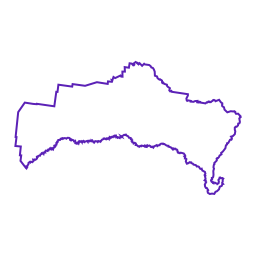 Goondiwindi, Queensland, Australia (orthographic projection)
{"feature_id": "25037944B7624735907381", "entity_name": "Goondiwindi", "entity_type": "district", "adm_level": 2, "iso_a3": "AUS", "parent_name": "Australia", "parent_adm1": "Queensland", "projection": "orthographic", "projection_center": [150.069, -28.463], "detail": "fine", "context": "isolated", "style": "outline", "palette": "violet", "viewbox_px": 256, "rotation_deg": 0, "n_neighbors": 0, "source": "geoboundaries", "source_scale": "gbopen_adm2", "svg_char_len": 5905}
<svg xmlns="http://www.w3.org/2000/svg" viewBox="0 0 256 256"><path d="M212.0,193.6L214.3,193.9L215.5,191.8L217.0,191.2L219.0,189.3L219.8,186.7L221.7,185.9L222.3,184.3L223.1,184.0L222.1,182.9L222.7,181.6L222.7,179.6L223.3,178.6L222.3,178.0L220.9,178.2L220.3,177.5L219.6,177.6L219.4,178.6L218.4,180.0L218.9,181.6L218.6,183.1L217.5,183.9L217.4,183.5L216.4,183.5L214.8,182.6L213.7,182.7L213.6,183.3L212.9,183.0L212.9,182.1L211.7,181.9L211.0,180.6L211.3,179.7L212.1,179.5L211.9,177.9L212.6,177.8L213.2,176.9L213.5,174.8L213.3,171.0L214.0,168.6L213.5,167.6L213.6,166.1L214.0,164.4L214.5,164.0L214.3,163.0L216.5,160.8L216.9,160.0L216.6,158.7L217.3,158.0L218.0,158.1L219.2,156.7L219.5,155.6L221.5,154.3L221.1,153.0L222.9,151.5L225.4,148.2L225.9,145.4L227.1,144.4L227.0,143.3L228.3,142.9L230.0,139.8L230.7,139.5L231.4,139.7L231.9,138.8L231.6,137.3L231.1,136.6L232.8,136.1L234.8,134.2L235.3,131.3L234.8,129.8L234.8,127.6L235.7,126.7L236.6,126.8L238.0,125.4L238.2,123.6L239.4,123.3L239.9,122.0L239.3,118.4L240.6,117.1L240.1,116.5L240.4,116.1L238.1,113.7L236.0,113.8L235.1,112.3L235.2,111.8L234.2,111.2L233.4,111.5L230.8,111.2L227.3,112.3L224.5,109.6L224.0,107.3L222.3,106.2L222.0,104.9L222.3,104.5L222.3,103.3L220.9,102.3L219.1,99.8L215.5,101.2L215.1,100.5L213.9,99.9L213.1,100.1L212.6,100.9L211.5,101.4L210.9,102.1L209.9,102.2L209.4,102.1L209.3,101.6L208.4,101.5L207.4,102.5L206.7,102.3L205.5,103.4L200.0,102.5L200.1,101.9L199.1,101.7L198.3,102.5L197.2,102.3L197.4,100.9L195.0,101.1L193.5,101.8L190.7,101.6L190.8,100.9L188.2,100.4L187.2,100.9L186.7,100.3L186.4,98.5L187.9,95.5L187.9,94.2L171.8,91.8L171.4,90.9L170.2,91.4L169.3,90.4L169.9,88.2L167.7,86.7L167.0,85.8L166.9,84.7L164.1,83.8L163.3,82.6L162.6,83.1L162.1,82.7L162.0,80.6L161.1,79.9L159.9,79.7L159.9,79.3L158.7,79.2L157.4,77.9L157.1,76.5L154.9,75.7L154.7,71.6L153.8,69.3L152.8,67.9L151.4,67.5L150.5,66.0L149.1,65.0L144.7,64.4L144.1,63.8L142.1,65.8L139.6,63.2L139.0,63.9L138.2,63.3L138.1,64.0L135.7,62.0L133.5,63.6L134.3,64.7L133.8,65.3L133.2,65.3L131.7,63.6L129.6,63.3L128.9,67.7L124.7,67.1L124.9,71.6L122.4,71.6L122.5,76.7L121.2,76.6L120.5,75.5L115.1,78.1L113.5,77.0L112.4,80.1L111.9,80.0L112.3,80.7L111.9,81.8L108.0,81.4L107.7,83.9L96.9,82.2L85.1,85.8L72.6,84.1L72.2,86.6L58.4,84.7L57.5,91.9L56.3,91.8L54.3,106.3L36.8,103.8L36.7,104.2L33.1,103.9L24.8,102.6L18.2,112.1L15.6,137.0L16.5,137.1L15.4,146.0L20.8,146.5L19.9,155.3L21.2,155.4L20.5,160.9L25.6,167.5L25.9,167.0L26.6,168.2L27.2,167.2L26.5,166.8L28.4,164.3L28.5,162.9L29.8,161.9L30.3,162.5L31.0,161.7L32.3,162.2L33.5,161.0L33.2,159.6L34.8,159.9L35.0,159.5L35.4,159.7L36.4,159.2L37.0,158.4L36.9,157.3L37.4,157.2L37.1,156.6L39.2,155.6L40.0,155.7L40.5,154.4L41.5,154.0L41.7,153.3L42.3,153.6L43.0,152.8L43.6,153.7L43.8,152.8L44.9,152.6L44.6,152.3L45.8,150.6L47.5,151.0L47.7,150.2L48.4,150.3L48.5,149.4L49.8,149.4L49.9,148.8L50.2,149.0L50.8,148.2L51.4,149.0L51.6,148.5L52.2,149.0L52.4,148.6L53.1,149.3L53.6,147.6L54.5,147.4L55.2,146.6L54.9,146.3L55.4,146.2L55.4,145.5L56.0,145.5L55.4,145.2L56.4,144.8L56.7,143.6L56.3,143.1L57.5,142.3L57.2,141.5L58.2,140.8L58.3,140.0L60.1,139.9L60.6,138.8L61.3,139.0L62.0,138.4L62.3,138.6L62.4,138.1L63.1,138.2L63.2,138.7L64.5,138.1L66.2,138.3L66.4,138.6L67.6,137.8L69.1,137.9L70.0,138.5L70.0,139.4L70.7,139.3L70.6,140.2L71.1,140.5L72.2,139.8L73.6,140.3L74.0,141.5L74.7,141.8L75.2,141.3L75.3,142.0L76.1,142.6L75.6,143.3L76.5,143.6L77.4,143.0L77.5,143.5L78.3,143.1L78.6,143.5L78.8,142.9L78.5,142.7L79.1,142.2L78.7,142.4L78.6,141.9L80.1,141.6L79.9,141.2L80.6,141.3L80.4,141.8L81.4,141.9L81.6,141.6L81.9,142.1L82.0,141.4L82.6,141.2L83.1,141.8L83.7,141.4L84.1,141.7L84.1,141.2L85.0,141.7L87.2,140.9L87.9,141.9L88.1,141.2L88.8,140.7L89.5,140.7L89.9,141.3L90.7,140.7L91.2,141.0L91.3,140.5L91.8,141.0L92.3,140.6L92.6,141.4L93.6,141.5L93.3,141.7L93.5,142.1L93.9,141.8L94.3,142.4L95.1,141.3L95.8,141.1L96.8,141.5L97.3,141.3L97.8,142.0L98.5,141.1L99.4,141.5L100.2,141.1L100.6,141.6L102.0,139.7L103.7,139.0L103.7,138.5L104.6,138.4L105.3,139.0L106.1,138.7L106.4,139.3L107.0,139.1L107.1,138.4L108.0,138.6L108.3,138.2L108.9,138.9L109.0,138.2L109.9,138.3L109.9,137.0L111.4,137.6L111.8,137.2L111.6,136.9L112.2,136.6L113.0,137.1L113.4,136.6L113.6,137.1L113.6,136.6L114.4,136.5L114.3,136.0L114.7,135.7L114.9,136.4L116.0,135.8L116.2,137.0L117.2,136.3L116.7,136.9L117.4,137.1L117.5,137.5L117.0,137.5L117.5,137.8L117.9,137.2L119.6,138.0L119.7,137.3L120.9,137.4L121.3,136.7L121.0,136.2L121.7,136.6L121.4,136.1L122.1,136.2L124.2,134.8L125.2,135.1L125.9,134.6L126.7,135.6L128.3,136.4L128.9,137.7L130.7,138.0L130.8,139.1L131.7,139.3L131.7,140.0L132.1,140.2L131.7,141.0L132.3,141.3L132.3,142.3L133.6,142.7L133.7,143.4L134.8,142.8L135.9,143.5L135.7,145.0L136.7,145.0L138.1,146.3L139.2,146.2L139.4,146.7L140.6,145.9L141.2,146.2L141.6,145.6L143.8,146.1L144.7,145.4L145.9,145.9L144.8,146.4L144.9,146.7L146.8,147.0L147.1,146.3L146.6,145.7L147.1,145.3L147.6,146.1L149.3,145.5L150.8,146.4L150.8,146.9L152.2,147.2L152.8,146.7L153.4,147.5L154.1,146.4L156.7,145.1L157.3,146.1L158.2,145.4L159.6,145.2L159.7,144.6L161.1,143.7L163.0,143.6L163.2,144.1L164.3,144.0L166.6,145.6L168.4,145.8L168.4,146.6L170.8,147.3L172.0,148.6L172.5,148.4L172.8,149.2L173.4,148.7L173.8,149.3L174.5,148.7L175.5,148.7L176.2,149.6L176.9,149.6L177.4,150.2L177.5,151.8L178.0,152.6L178.6,152.4L179.1,153.1L180.0,153.2L180.6,152.7L181.3,152.8L183.8,153.5L185.2,155.5L185.2,156.3L184.4,156.5L185.0,157.3L184.9,158.4L185.6,158.4L186.4,159.1L185.8,161.3L186.5,163.0L187.2,163.1L187.2,163.6L188.6,163.1L189.5,162.2L191.2,162.4L191.3,163.1L192.9,163.7L193.5,164.6L195.8,165.1L196.8,166.5L197.7,166.3L198.9,166.8L200.1,168.7L201.3,169.1L201.7,168.8L202.3,170.5L204.9,171.9L205.4,173.7L204.6,175.0L205.4,175.8L205.0,176.3L205.6,179.0L204.6,180.3L205.8,180.9L205.7,181.9L206.1,182.2L204.8,184.5L205.1,186.6L206.0,188.0L206.8,188.0L208.2,190.2L207.5,191.0L207.9,192.8L209.8,194.0L212.0,193.6Z" fill="none" stroke="#5b21b6" stroke-width="2"/></svg>